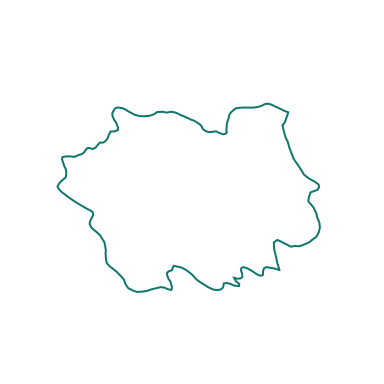 Vietka, Gomel, Belarus (Equal Earth projection), rotated 27°
{"feature_id": "67162791B72598168140482", "entity_name": "Vietka", "entity_type": "district", "adm_level": 2, "iso_a3": "BLR", "parent_name": "Belarus", "parent_adm1": "Gomel", "projection": "equal_earth", "projection_center": [31.254, 52.716], "detail": "fine", "context": "isolated", "style": "outline", "palette": "teal", "viewbox_px": 384, "rotation_deg": 27, "n_neighbors": 0, "source": "geoboundaries", "source_scale": "gbopen_adm2", "svg_char_len": 2949}
<svg xmlns="http://www.w3.org/2000/svg" viewBox="0 0 384 384"><g transform="rotate(27 192 192)"><path d="M305.3,221.9L305.2,221.7L299.3,215.5L296.0,211.2L291.4,206.0L287.8,199.8L289.8,196.0L293.0,195.8L298.9,195.8L304.8,195.8L308.4,193.3L312.4,191.5L317.0,186.5L319.6,183.0L321.2,179.1L323.2,175.3L323.2,170.1L322.2,165.9L319.5,161.6L314.9,157.6L312.3,154.4L307.4,150.7L299.8,147.4L298.5,143.7L297.8,138.5L302.7,133.3L303.1,130.1L301.4,127.8L296.5,127.1L289.6,126.8L284.1,125.8L279.8,123.1L274.2,119.9L267.7,116.4L259.5,109.2L254.5,103.8L250.3,100.6L245.7,95.6L242.4,91.6L243.1,87.2L242.4,83.2L242.1,80.0L241.6,77.3L237.1,77.8L234.6,77.8L231.8,77.8L227.8,78.0L223.5,78.1L220.2,78.6L218.2,79.6L216.3,81.5L215.1,83.4L214.0,84.5L211.5,86.8L207.9,89.2L203.6,91.4L199.6,93.3L195.8,95.6L192.8,97.8L191.8,100.1L190.5,103.6L190.3,106.6L191.1,109.4L191.5,112.9L192.4,116.4L193.5,118.5L194.3,120.8L196.0,123.3L195.4,124.9L193.7,126.4L190.1,126.9L186.2,127.0L184.5,127.8L182.4,129.6L179.0,131.2L176.1,131.5L173.1,131.0L171.2,129.3L168.4,128.2L162.1,127.5L157.8,128.0L155.1,128.0L151.0,128.2L146.4,128.6L142.3,128.6L138.5,129.4L136.2,130.4L134.1,132.3L133.2,132.8L129.6,133.8L124.7,136.5L122.8,140.0L120.1,142.9L115.0,146.3L110.9,148.1L105.8,149.2L99.3,149.1L95.2,148.7L92.0,148.9L87.6,150.3L85.5,152.4L85.2,154.8L85.2,157.9L86.7,160.5L89.7,162.9L93.1,164.8L96.5,167.9L97.9,170.5L95.0,173.5L92.0,175.0L92.0,178.9L92.4,182.1L92.0,185.6L90.3,188.4L89.3,188.9L87.3,190.0L85.8,196.5L84.1,198.7L80.0,199.5L78.7,200.7L78.1,203.5L77.9,205.8L76.2,208.7L73.9,210.8L71.7,213.8L65.9,216.2L62.6,218.2L60.8,219.8L61.2,221.6L63.5,224.1L66.9,227.3L69.5,229.2L70.9,231.2L72.4,234.6L72.8,236.2L70.3,242.3L69.7,245.3L69.7,248.3L71.9,249.7L72.3,250.0L76.3,251.3L79.1,251.7L83.3,252.6L89.5,253.4L94.0,253.9L99.7,254.3L105.4,254.6L109.3,254.6L112.5,254.9L114.4,257.3L114.4,260.8L114.4,264.3L115.4,267.1L118.0,269.0L120.9,270.2L125.2,271.0L129.9,272.4L132.6,274.1L136.5,276.3L138.8,279.1L141.8,283.2L142.8,285.9L145.8,290.8L148.1,293.9L151.8,295.5L156.9,296.4L161.8,297.5L167.7,299.6L170.5,300.6L173.0,302.7L174.9,304.5L179.0,306.7L182.1,306.6L184.7,306.6L188.6,305.9L193.8,302.8L197.5,299.9L199.5,297.6L203.2,294.5L207.2,291.0L211.0,289.7L214.5,289.6L218.0,288.7L217.8,286.9L217.0,285.4L213.3,281.5L210.4,280.0L207.3,277.1L206.5,275.2L207.3,273.1L209.6,270.9L209.3,268.7L209.2,266.1L212.6,265.2L216.9,264.1L221.8,264.1L225.4,264.7L229.7,265.6L233.0,266.9L236.1,268.0L240.4,268.7L245.0,269.0L249.2,269.5L255.2,269.3L259.0,268.0L261.7,265.9L262.9,263.4L262.7,261.5L261.8,259.2L264.0,257.4L267.4,256.5L271.9,256.3L276.7,254.4L275.7,252.4L271.5,251.5L268.5,249.4L271.9,248.6L274.5,247.0L275.2,245.5L275.0,243.9L273.4,241.6L271.1,239.6L270.5,237.5L271.7,235.7L275.4,234.9L278.8,235.0L282.9,235.3L287.0,235.9L290.4,235.6L292.7,234.4L292.7,233.2L291.2,230.2L290.8,227.5L292.3,225.2L295.8,224.1L300.3,222.7L303.5,222.2L305.3,221.9Z" fill="none" stroke="#0f766e" stroke-width="2"/></g></svg>